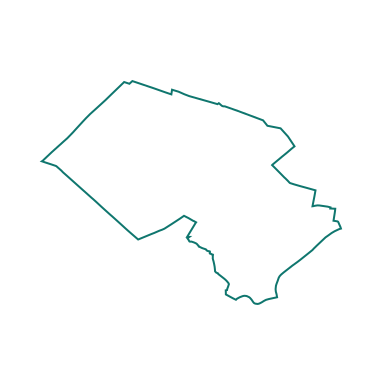 U Minh Thuong, Kiên Giang, Vietnam, rotated 101°
{"feature_id": "81297802B37875930391216", "entity_name": "U Minh Thuong", "entity_type": "district", "adm_level": 2, "iso_a3": "VNM", "parent_name": "Vietnam", "parent_adm1": "Kiên Giang", "projection": "natural_earth1", "projection_center": [105.166, 9.624], "detail": "fine", "context": "isolated", "style": "outline", "palette": "teal", "viewbox_px": 384, "rotation_deg": 101, "n_neighbors": 0, "source": "geoboundaries", "source_scale": "gbopen_adm2", "svg_char_len": 3324}
<svg xmlns="http://www.w3.org/2000/svg" viewBox="0 0 384 384"><g transform="rotate(101 192 192)"><path d="M127.6,100.1L119.2,108.4L112.6,117.2L112.6,130.6L108.1,135.9L103.7,162.3L101.8,175.1L101.7,175.9L101.7,176.4L101.8,176.9L101.9,177.3L101.9,178.2L101.8,178.7L101.6,179.3L100.2,181.7L99.7,182.6L100.9,183.7L100.2,191.5L98.4,213.0L97.5,218.2L96.1,224.3L95.5,230.3L95.4,231.1L100.1,230.9L99.3,236.9L97.5,249.1L95.1,267.1L94.5,271.7L97.7,274.1L97.0,279.6L97.9,280.2L100.6,282.1L106.3,286.1L112.0,290.1L118.2,294.4L127.9,301.6L134.8,306.8L139.7,310.1L144.5,313.1L154.3,319.1L154.5,319.2L156.0,320.1L162.9,324.6L166.7,327.5L179.7,337.3L189.9,344.6L190.5,345.2L191.0,341.6L191.7,335.8L192.4,330.5L192.7,329.8L196.0,324.2L197.3,322.4L199.7,318.3L216.9,289.4L217.8,287.8L220.4,283.5L223.7,278.2L226.9,272.9L229.9,267.9L231.1,265.8L233.2,262.3L236.7,256.5L237.6,255.0L240.3,250.6L242.1,247.6L243.9,244.5L248.9,235.8L244.3,228.8L241.0,223.8L239.5,221.4L236.2,216.6L234.7,214.1L233.5,212.4L233.3,212.1L227.3,205.8L220.3,198.6L216.9,195.3L218.3,190.4L220.1,185.3L220.2,184.5L220.5,183.7L221.0,182.2L221.8,182.6L237.0,188.2L236.6,186.0L238.4,187.6L239.8,186.1L240.6,185.5L241.0,185.1L241.1,184.8L241.1,184.4L240.9,183.6L240.8,183.2L240.8,182.9L240.9,182.2L241.0,181.5L241.1,180.6L241.6,178.4L241.9,177.7L242.1,177.3L242.4,176.9L242.9,176.3L243.2,175.9L243.3,175.6L243.5,175.3L243.6,175.2L243.9,175.2L244.1,175.1L244.3,174.9L244.4,174.2L244.5,173.9L244.6,173.1L244.9,172.3L245.2,170.8L245.6,167.7L245.9,167.0L246.0,166.9L246.4,166.7L246.6,166.4L246.7,166.0L246.9,165.3L246.9,164.7L246.9,163.2L247.0,163.1L247.6,162.9L248.0,163.0L248.5,163.0L248.7,162.9L248.9,162.8L249.0,162.7L249.1,162.3L249.1,161.7L249.1,161.4L249.3,161.1L249.5,160.8L249.5,160.4L249.5,160.1L249.4,159.8L249.5,159.5L249.6,159.4L250.8,159.4L251.3,159.3L252.2,159.1L253.1,159.0L254.5,158.4L255.8,157.7L258.8,156.4L261.1,155.5L263.7,154.7L265.5,154.2L266.2,153.3L266.6,152.6L266.7,151.9L267.0,150.8L267.3,150.7L267.5,150.6L268.6,148.4L270.8,144.1L271.7,142.5L272.7,141.0L274.3,139.0L275.1,138.4L275.4,138.2L276.2,138.3L277.9,138.5L280.2,138.9L281.6,138.9L282.1,140.1L286.1,139.2L287.5,134.8L288.6,131.3L289.4,128.3L288.2,127.5L286.8,125.8L286.1,124.9L284.9,123.0L284.4,122.1L284.2,121.6L283.9,120.9L283.8,120.0L283.7,119.1L283.8,117.9L284.2,116.5L284.4,115.7L284.9,114.8L286.3,113.0L288.4,110.9L289.1,110.0L289.4,109.2L289.5,108.4L289.5,107.7L289.4,107.1L289.4,106.5L289.3,106.0L288.8,104.9L288.4,104.3L287.7,103.4L286.8,102.3L285.2,100.6L284.4,99.6L283.7,98.7L282.4,96.1L279.1,88.4L276.2,89.5L273.8,90.7L271.4,91.4L268.0,91.7L266.1,91.5L262.6,90.9L259.6,90.5L257.9,89.9L256.1,88.8L253.5,86.7L245.2,79.5L240.4,75.0L237.8,72.7L230.4,66.4L226.0,62.7L224.2,61.6L222.2,60.2L221.3,59.6L211.1,52.3L208.5,49.8L205.6,47.1L203.3,44.5L200.3,40.4L199.5,38.8L197.9,39.7L196.2,40.9L194.0,42.4L193.5,42.8L193.3,43.0L193.2,43.3L193.1,43.5L193.2,47.6L185.0,47.9L183.1,48.0L181.1,48.2L181.8,53.1L180.7,53.1L180.5,55.9L180.9,64.2L181.2,66.3L182.2,69.1L182.6,69.8L183.0,71.0L178.1,71.0L172.4,71.0L166.8,71.1L166.1,79.9L165.6,86.7L165.0,93.4L164.7,95.8L164.6,96.8L164.5,97.5L164.2,98.1L162.8,100.0L160.7,103.1L160.2,104.0L157.5,107.9L154.9,111.7L152.3,115.5L150.3,118.5L149.8,118.2L140.2,110.4L134.8,105.9L130.6,102.6L127.6,100.1Z" fill="none" stroke="#0f766e" stroke-width="2"/></g></svg>